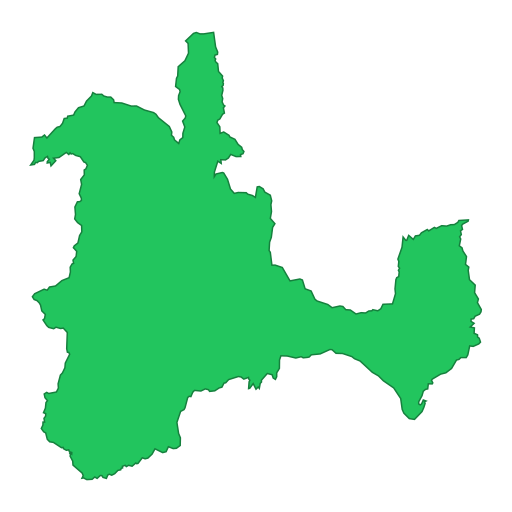 La Playa, Norte de Santander, Colombia (Robinson projection)
{"feature_id": "7082276B99344339057912", "entity_name": "La Playa", "entity_type": "district", "adm_level": 2, "iso_a3": "COL", "parent_name": "Colombia", "parent_adm1": "Norte de Santander", "projection": "robinson", "projection_center": [-73.187, 8.269], "detail": "fine", "context": "isolated", "style": "filled", "palette": "green", "viewbox_px": 512, "rotation_deg": 0, "n_neighbors": 0, "source": "geoboundaries", "source_scale": "gbopen_adm2", "svg_char_len": 5921}
<svg xmlns="http://www.w3.org/2000/svg" viewBox="0 0 512 512"><path d="M468.4,219.9L458.9,220.5L457.8,222.4L454.3,224.6L450.7,224.7L446.7,226.1L441.7,225.7L436.2,228.4L434.4,227.4L428.7,230.9L427.3,229.5L421.4,232.8L419.5,235.3L415.4,235.9L413.3,239.4L408.7,235.4L406.7,240.4L405.7,240.3L403.1,237.0L402.0,247.3L397.9,259.1L398.8,261.5L398.3,266.4L399.6,268.2L398.4,270.3L399.2,271.9L398.7,276.6L396.7,277.7L395.9,279.7L395.0,288.9L395.5,293.7L392.5,303.9L383.0,304.3L380.8,308.8L377.8,310.8L372.8,309.7L371.9,310.8L368.8,311.0L365.6,313.0L361.2,312.7L356.0,314.0L350.3,310.0L345.8,309.7L342.9,306.5L339.9,306.0L332.1,307.7L327.8,304.5L317.1,301.0L314.9,299.2L311.1,291.0L305.1,288.8L302.4,280.0L299.9,279.0L290.0,280.9L282.3,267.5L275.1,265.1L271.9,265.2L270.3,252.3L269.1,250.5L269.6,242.1L271.3,237.4L272.6,227.4L274.9,223.7L270.3,218.4L271.5,211.6L270.9,204.6L271.7,200.9L270.3,195.2L264.8,192.1L263.1,188.8L259.3,186.5L257.2,186.9L255.4,197.4L252.4,195.5L247.8,194.2L246.2,192.7L238.2,192.5L234.3,193.4L230.5,189.1L227.5,179.3L223.7,173.0L222.4,172.5L216.0,174.0L214.3,176.7L214.4,172.1L217.8,161.2L221.2,163.4L220.8,159.7L225.5,159.9L228.4,158.0L230.7,154.4L236.1,156.6L240.8,156.5L240.5,154.6L243.0,153.7L243.9,151.5L242.3,149.6L241.7,147.3L238.1,144.4L234.9,139.3L229.8,136.9L229.0,135.3L223.7,132.0L220.1,133.4L219.8,126.8L216.9,122.5L217.8,120.1L219.8,119.0L222.6,114.2L224.4,113.1L223.4,107.8L224.9,106.0L223.6,105.1L222.1,101.9L222.7,98.5L221.7,95.4L222.9,90.4L222.8,88.0L221.8,86.6L223.1,85.4L223.4,83.6L222.8,82.3L223.4,80.7L222.2,78.0L222.6,76.1L218.5,71.5L217.7,63.7L215.9,62.1L215.0,60.4L215.7,59.0L214.4,57.5L215.0,55.1L217.4,54.4L217.7,52.1L215.6,46.9L213.6,32.4L203.7,33.9L200.0,33.9L196.3,32.5L193.5,33.4L185.6,40.9L188.1,43.4L188.5,53.2L184.9,60.8L178.2,66.7L177.7,76.0L176.5,78.3L175.6,86.5L179.6,89.5L180.1,91.7L178.6,95.6L178.4,99.3L180.0,104.4L185.8,115.9L185.2,118.1L182.6,121.1L184.8,127.0L182.9,133.3L182.8,137.6L179.9,139.8L178.7,143.5L174.5,139.9L173.7,137.3L171.5,135.3L171.8,132.0L169.3,126.5L158.4,117.7L156.0,114.3L153.6,112.6L144.4,110.0L136.5,106.0L131.3,106.1L121.8,103.0L114.1,102.6L113.6,99.8L110.8,97.1L107.5,97.1L103.8,96.0L101.8,94.3L96.1,94.4L92.8,92.6L91.5,96.0L86.5,101.1L84.0,106.0L78.5,107.7L75.0,111.9L73.6,115.1L67.7,116.2L67.3,118.1L64.2,118.5L62.6,123.2L60.0,126.5L57.2,127.2L55.4,128.7L46.9,138.0L44.5,135.0L41.8,137.1L34.5,137.6L33.0,148.3L34.3,151.4L34.3,157.8L34.0,160.2L30.7,165.0L34.5,164.4L35.6,162.4L37.3,162.7L38.6,161.4L43.2,160.6L45.1,157.8L47.5,156.4L48.0,158.3L49.3,159.3L47.3,161.6L47.2,163.0L50.2,162.4L51.0,165.9L55.8,160.7L53.5,158.2L59.0,157.5L66.3,152.4L68.8,154.5L70.1,152.8L71.1,154.0L72.8,153.6L75.6,155.4L80.3,156.7L83.9,162.0L85.6,162.6L87.4,165.3L85.9,168.9L84.2,170.0L84.3,174.9L80.7,179.5L81.6,184.4L79.2,193.7L81.3,198.1L81.4,200.4L79.9,201.6L77.4,201.8L74.9,207.0L75.5,214.6L74.7,218.9L77.6,222.6L81.6,225.5L81.8,231.9L79.6,235.5L77.9,243.0L74.3,245.8L73.4,247.7L76.7,251.3L76.1,256.5L73.0,260.1L73.6,263.4L72.1,263.9L70.2,267.2L70.4,272.0L69.1,277.7L61.9,280.6L55.5,286.0L49.5,287.0L47.2,290.2L44.1,289.2L34.7,293.7L32.4,296.7L34.1,299.5L37.0,300.6L39.2,302.8L40.5,305.0L41.8,310.9L45.3,314.4L44.5,318.7L43.0,319.9L46.8,325.6L48.7,327.4L53.7,328.7L56.0,327.2L60.6,328.5L63.3,328.1L67.3,332.5L66.7,348.7L67.4,352.2L68.7,352.4L69.7,354.2L65.3,363.1L64.9,367.8L62.4,373.0L60.4,375.1L58.1,383.8L58.4,388.1L56.4,392.0L48.7,393.5L46.7,392.4L44.2,394.0L45.0,397.7L47.5,400.7L46.0,402.5L45.4,408.2L43.5,412.7L45.7,413.6L45.6,416.2L44.0,418.3L44.6,422.1L43.0,422.1L42.9,425.1L41.3,428.5L43.7,431.8L45.7,432.9L47.3,439.3L49.7,441.8L53.4,442.4L61.5,447.7L63.1,447.4L63.5,448.7L66.4,450.3L68.7,449.8L69.4,451.7L71.8,452.5L71.7,454.0L70.3,452.6L69.7,453.2L70.5,454.6L70.1,456.1L72.7,461.1L73.0,465.1L82.2,473.1L83.2,475.7L82.0,478.2L83.5,477.9L86.8,479.6L92.1,479.3L94.8,477.0L97.1,478.4L100.3,475.5L101.9,475.6L103.0,477.4L106.4,478.4L107.8,475.0L109.3,474.2L111.7,475.2L114.7,473.7L117.9,470.4L120.7,469.8L121.2,468.3L122.6,467.9L122.4,466.3L125.2,465.3L126.3,466.6L128.6,465.3L132.1,466.2L135.8,463.0L136.7,463.7L138.0,463.4L142.3,457.8L145.1,458.8L147.9,458.1L152.1,454.1L155.0,448.8L162.7,452.6L166.1,451.7L168.4,446.7L173.2,448.6L176.4,448.3L180.2,445.5L180.4,437.8L178.6,433.5L176.9,422.4L180.6,411.4L184.0,409.6L185.0,407.8L187.7,397.5L189.1,396.3L190.9,396.6L192.7,392.3L194.5,390.4L200.9,391.0L205.3,388.9L208.5,389.7L209.6,391.4L214.8,390.8L219.2,387.9L221.9,387.2L224.0,383.1L225.7,382.8L228.6,379.6L238.4,376.5L241.1,377.0L243.8,379.1L248.5,377.4L248.7,378.9L249.9,380.2L249.1,381.8L248.6,388.6L249.7,388.3L253.2,383.6L256.0,389.2L258.2,387.0L259.3,388.4L260.2,383.4L261.5,382.0L261.4,380.2L267.3,373.5L272.1,374.7L273.2,378.0L275.4,379.4L276.7,376.7L276.7,372.8L279.4,368.4L279.5,360.0L280.9,355.8L287.2,356.0L295.8,358.0L301.2,356.7L303.2,357.8L307.3,357.4L309.2,357.0L311.3,354.8L320.2,353.9L329.9,349.5L332.1,349.7L336.0,353.3L342.6,353.5L351.9,356.6L354.5,358.7L360.1,361.0L372.3,372.3L378.5,375.9L383.4,380.8L393.7,387.9L400.7,398.5L402.2,409.4L403.9,413.2L409.3,418.6L414.5,419.4L422.0,411.6L423.8,407.5L425.1,403.4L424.5,401.8L426.0,401.0L423.3,400.0L421.6,403.9L420.2,404.9L418.7,403.9L418.7,401.8L422.0,395.7L423.3,391.2L425.6,389.3L427.7,388.9L428.3,383.8L432.2,383.9L432.8,382.9L431.5,380.3L432.3,379.1L440.7,374.1L445.9,372.8L451.6,368.4L456.5,360.0L459.0,359.4L460.8,357.6L466.2,357.6L467.8,354.9L469.7,345.9L473.2,346.4L478.8,343.9L480.5,342.1L479.2,338.2L477.6,337.1L477.5,334.8L474.1,333.3L474.4,327.9L470.2,327.0L474.1,323.3L471.0,321.4L471.1,319.1L473.7,318.7L475.1,316.2L479.5,314.2L481.0,311.8L481.3,309.5L477.4,302.6L478.4,299.0L474.6,292.7L475.2,285.1L469.5,279.7L468.2,270.4L468.8,267.1L465.5,264.4L466.5,256.6L462.9,251.0L462.0,247.8L459.3,245.8L460.7,239.0L459.6,236.8L461.3,234.6L460.5,230.8L462.5,229.4L461.6,225.6L462.7,224.1L468.1,221.2L468.4,219.9Z" fill="#22c55e" stroke="#15803d" stroke-width="1.5"/></svg>